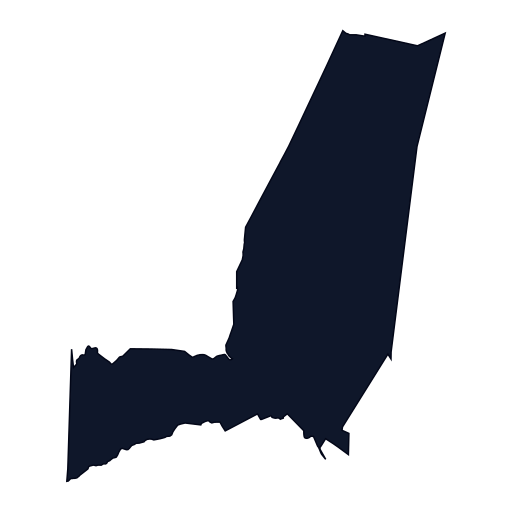 the district of San Pablo Huitzo, Oaxaca, Mexico
{"feature_id": "50627088B10333117144156", "entity_name": "San Pablo Huitzo", "entity_type": "district", "adm_level": 2, "iso_a3": "MEX", "parent_name": "Mexico", "parent_adm1": "Oaxaca", "projection": "equal_earth", "projection_center": [-96.911, 17.316], "detail": "fine", "context": "isolated", "style": "filled", "palette": "ink", "viewbox_px": 512, "rotation_deg": 0, "n_neighbors": 0, "source": "geoboundaries", "source_scale": "gbopen_adm2", "svg_char_len": 4843}
<svg xmlns="http://www.w3.org/2000/svg" viewBox="0 0 512 512"><path d="M71.6,349.2L67.8,468.9L66.8,481.3L68.3,481.0L69.4,479.9L70.1,479.1L71.2,478.5L72.4,478.5L73.5,478.3L74.7,478.3L75.9,478.1L77.0,477.8L77.9,477.0L78.9,476.3L79.6,475.4L87.9,468.9L88.1,468.3L88.7,466.6L89.6,466.1L93.3,465.1L94.4,465.3L96.0,465.7L98.0,465.1L100.0,465.1L101.2,465.2L102.8,464.2L104.0,463.7L105.1,464.0L106.4,463.5L106.9,462.9L107.5,461.7L108.2,461.3L109.7,460.7L111.0,459.5L113.0,458.0L115.0,457.6L116.3,457.1L117.7,454.8L118.9,451.9L119.8,450.4L120.5,449.2L122.1,448.3L126.4,449.7L127.9,449.6L129.3,448.4L130.3,447.1L131.7,445.5L132.9,445.0L134.3,444.5L136.1,443.3L139.3,443.1L144.0,441.8L145.0,440.6L147.0,439.4L149.5,439.0L151.5,439.1L153.8,439.9L157.1,439.3L160.1,438.7L163.2,437.9L164.9,437.4L166.6,436.4L169.0,436.2L169.9,436.1L171.7,434.8L172.9,431.8L175.0,428.6L177.7,425.1L180.4,424.1L185.1,423.0L200.8,424.9L201.4,423.4L205.1,421.5L207.3,420.8L208.6,420.7L209.8,421.8L210.1,422.1L211.8,422.9L214.4,422.2L217.4,422.1L220.0,422.1L222.2,426.2L224.0,429.0L225.2,430.9L257.5,413.9L260.6,419.4L261.4,419.2L261.6,419.4L261.8,419.3L269.2,416.4L270.9,415.7L271.0,415.8L271.5,416.2L271.7,416.7L271.8,416.8L271.8,417.0L272.1,417.3L272.8,417.6L273.2,417.7L273.4,417.8L273.5,417.8L274.3,418.0L275.2,418.2L275.5,418.2L275.8,418.2L276.3,418.1L277.2,418.0L277.9,417.9L278.2,417.9L278.4,417.9L278.8,418.1L279.7,418.6L280.2,419.1L280.3,419.2L280.6,419.0L280.9,418.9L281.1,418.9L281.3,418.8L281.8,418.7L282.6,418.3L282.8,418.3L283.2,418.2L283.3,418.1L283.2,417.0L287.3,413.8L303.7,430.6L303.8,431.2L303.8,432.8L303.9,434.5L304.1,436.2L304.6,437.6L305.8,438.2L307.0,438.3L308.4,437.9L309.6,437.3L310.6,436.3L311.1,436.2L311.8,436.3L313.5,436.4L315.7,441.6L317.6,446.1L318.8,447.7L319.0,448.4L319.2,448.7L320.2,451.2L320.4,451.6L320.5,452.0L320.7,452.3L320.8,452.7L321.0,453.1L321.2,453.5L321.4,453.9L321.6,454.2L321.8,454.5L322.1,454.9L322.3,455.1L322.6,455.5L325.0,458.5L325.6,459.2L325.7,459.3L320.1,449.4L320.0,448.5L320.0,446.9L320.5,446.8L321.5,445.3L325.6,438.7L333.2,443.6L338.5,447.3L348.4,454.6L348.9,433.4L342.0,430.3L342.5,426.9L364.4,391.8L387.9,354.1L391.0,359.0L391.1,352.0L417.0,146.5L445.2,33.1L421.7,43.9L417.5,45.8L365.0,34.2L364.9,36.2L356.1,34.8L349.6,34.8L348.0,33.9L345.9,33.3L342.8,30.7L326.8,65.4L318.4,83.3L307.4,106.6L299.6,123.2L288.7,146.2L284.4,154.4L280.6,161.4L280.2,162.2L279.9,162.9L271.8,178.0L259.1,201.8L251.3,216.6L245.6,227.2L244.4,239.6L244.4,240.8L244.6,242.6L244.2,244.3L243.8,248.8L243.0,251.8L243.0,252.8L243.1,253.4L243.1,255.8L242.6,258.2L242.3,259.8L236.7,271.6L236.7,288.3L236.9,288.3L237.2,288.2L237.5,287.8L237.7,289.5L237.3,291.0L236.2,294.7L235.3,297.4L234.6,298.8L233.1,301.4L233.6,318.1L233.7,320.5L233.8,324.3L231.0,332.5L230.3,334.4L229.3,337.5L229.2,337.8L228.0,340.5L225.9,345.1L226.0,347.1L226.2,347.8L226.2,348.2L226.1,349.1L226.2,349.8L226.2,350.5L226.5,351.5L227.2,353.1L227.6,353.7L228.1,354.2L228.4,354.9L228.8,355.7L230.6,357.4L231.4,358.1L231.8,358.4L232.4,358.8L232.1,359.1L231.3,359.5L231.0,359.7L230.7,359.8L230.4,359.8L230.1,359.8L229.8,359.8L229.5,359.7L229.3,359.5L229.1,359.4L228.8,359.2L228.5,358.9L228.3,358.5L228.0,358.2L226.8,356.6L226.2,355.9L226.0,355.6L225.8,355.3L225.5,355.0L225.3,354.8L225.0,354.7L224.9,354.6L224.5,354.5L224.2,354.5L223.7,354.6L222.7,354.8L222.0,355.0L220.1,355.4L219.8,355.4L217.6,356.0L216.8,356.3L216.1,356.8L214.6,358.0L214.4,358.2L213.6,358.7L213.1,358.9L212.8,359.0L211.9,358.9L207.7,356.5L206.3,355.6L205.0,355.0L204.8,354.9L203.7,354.7L202.8,354.6L200.3,354.7L199.6,354.8L198.9,355.0L198.3,355.1L197.8,355.2L197.7,355.3L197.0,355.4L196.4,355.7L195.0,356.3L194.2,356.6L194.2,356.8L193.6,357.0L192.4,357.3L189.3,355.2L184.6,351.4L171.6,349.5L150.6,349.0L130.3,348.8L123.6,355.4L122.5,356.4L122.1,356.4L120.7,356.7L120.3,356.8L119.9,356.9L119.2,357.4L118.8,357.9L117.2,359.8L116.5,360.5L116.1,360.9L113.0,363.6L112.6,363.9L112.4,364.1L112.0,364.2L111.9,364.2L111.7,364.2L111.4,364.1L111.2,364.0L111.0,363.9L110.7,363.5L110.0,362.8L109.7,362.4L109.3,362.0L105.5,359.4L105.0,359.1L98.2,353.9L97.9,353.5L97.7,353.2L97.5,352.8L97.4,352.3L97.5,351.6L97.5,350.9L97.5,350.2L97.4,349.6L97.2,349.0L97.0,348.6L96.6,348.2L96.0,347.9L95.5,347.8L95.0,347.9L92.2,348.6L91.8,348.6L91.5,348.6L91.2,348.5L90.9,348.3L90.5,347.9L89.6,346.7L89.3,346.4L89.0,346.2L88.7,346.1L88.3,346.1L88.1,346.3L87.8,346.5L87.5,346.9L86.1,349.4L85.9,349.8L85.8,350.5L85.7,351.1L85.6,351.7L85.5,352.4L85.3,353.8L85.2,354.2L85.1,354.5L84.9,354.7L84.6,354.9L84.3,355.1L83.9,355.1L83.3,355.0L82.6,354.9L82.0,354.9L81.6,355.1L81.1,355.3L80.7,355.6L80.2,356.2L79.9,356.6L79.4,357.8L79.2,358.1L78.9,358.4L78.5,358.8L77.1,359.8L76.8,360.2L76.6,360.7L76.5,361.2L76.5,361.6L76.6,363.0L76.7,363.5L76.8,364.0L73.5,367.5L72.8,361.1L72.6,359.6L71.6,349.2Z" fill="#0f172a" stroke="#020617" stroke-width="1.5"/></svg>